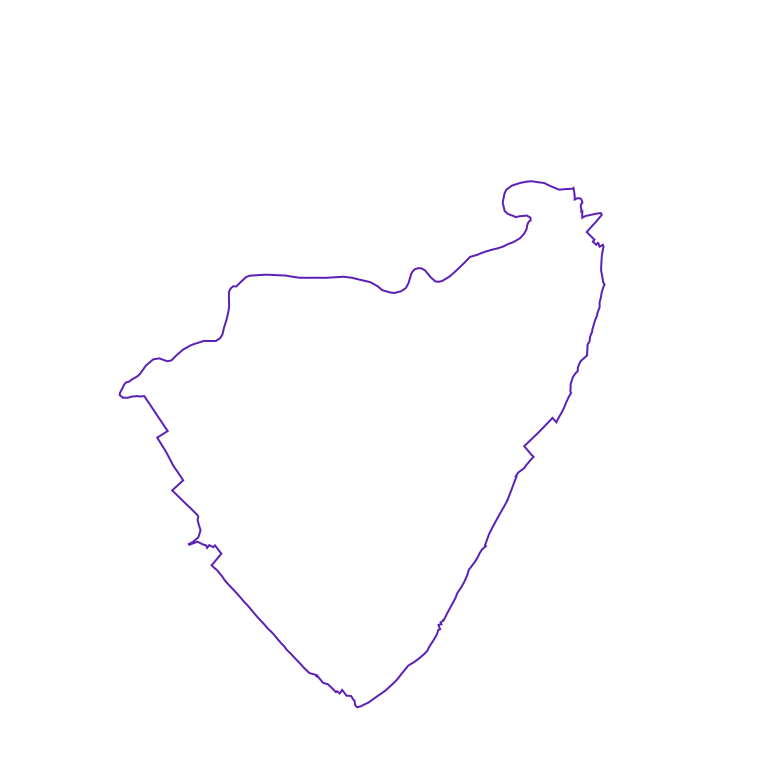 outline of Poza Rica de Hidalgo, Veracruz, Mexico, rotated 39°
{"feature_id": "50627088B10700770102469", "entity_name": "Poza Rica de Hidalgo", "entity_type": "district", "adm_level": 2, "iso_a3": "MEX", "parent_name": "Mexico", "parent_adm1": "Veracruz", "projection": "robinson", "projection_center": [-97.436, 20.539], "detail": "fine", "context": "isolated", "style": "outline", "palette": "violet", "viewbox_px": 768, "rotation_deg": 39, "n_neighbors": 0, "source": "geoboundaries", "source_scale": "gbopen_adm2", "svg_char_len": 5685}
<svg xmlns="http://www.w3.org/2000/svg" viewBox="0 0 768 768"><g transform="rotate(39 384 384)"><path d="M566.6,652.1L568.6,649.4L571.3,643.5L572.2,641.9L573.2,638.2L573.4,637.7L575.1,631.5L576.4,627.1L576.6,626.6L578.0,621.4L579.2,613.9L579.9,608.3L580.0,607.5L580.2,603.5L580.0,598.2L580.0,596.4L580.1,591.7L580.1,587.3L582.0,582.4L583.7,576.5L585.1,569.0L585.6,564.4L584.6,560.1L583.8,552.5L582.7,545.3L581.0,541.0L581.9,539.3L578.0,537.0L579.8,534.6L578.0,533.8L578.1,533.3L579.1,530.4L578.5,530.2L578.8,528.4L577.3,522.0L576.1,515.3L575.0,509.3L573.9,504.2L572.8,501.4L572.5,499.9L572.1,494.3L571.0,487.7L569.1,480.5L566.8,474.9L566.8,470.6L566.7,470.2L566.6,465.3L565.8,459.3L564.8,455.3L564.3,450.9L565.2,445.9L564.0,445.9L563.3,443.8L562.4,441.1L560.1,434.5L559.1,429.9L557.2,420.1L555.7,411.6L554.4,403.6L554.2,402.3L554.1,401.9L553.4,398.0L553.1,397.6L552.9,396.7L553.1,396.5L552.8,395.8L549.4,385.3L546.9,377.9L545.2,372.6L544.5,372.9L544.4,372.1L544.0,368.4L544.6,366.2L546.0,360.7L545.8,359.7L545.7,359.2L545.6,357.6L545.6,357.0L545.7,355.0L545.7,354.9L545.7,353.2L545.7,352.5L546.0,347.8L546.0,347.6L546.0,347.4L546.1,346.5L543.8,346.2L543.1,346.2L542.2,346.1L541.9,346.0L539.2,345.4L535.9,344.8L532.1,344.1L533.2,335.3L533.8,330.3L534.2,327.8L534.6,324.3L534.8,321.5L535.3,316.4L535.9,309.3L536.2,304.9L536.2,304.4L537.0,304.5L538.0,304.6L539.2,304.8L540.6,305.0L541.6,305.1L542.1,305.2L541.7,303.8L541.3,302.2L540.6,298.2L540.0,294.1L538.8,288.9L537.2,283.8L536.4,280.5L535.6,277.4L535.5,276.2L535.0,273.2L533.2,272.2L531.1,269.0L529.3,267.0L528.3,264.7L527.6,262.6L526.5,260.0L526.1,255.5L526.4,252.0L524.3,249.2L523.4,246.3L523.1,245.5L522.5,242.6L522.9,239.7L523.6,235.5L523.9,233.8L522.5,232.6L521.9,231.4L520.2,229.0L517.4,225.3L516.8,221.3L514.3,217.3L513.0,212.9L511.4,210.0L510.4,207.4L509.6,205.8L507.7,201.0L506.9,197.9L504.6,192.9L503.5,189.3L502.9,188.1L501.7,186.8L501.2,186.2L500.1,184.7L498.3,180.7L495.5,175.7L493.6,170.9L492.6,167.7L490.2,167.0L487.9,164.8L483.4,160.9L481.3,159.2L478.7,155.8L476.8,153.2L474.1,149.4L472.0,146.4L470.9,144.3L470.5,143.6L470.0,142.5L468.8,140.4L468.1,139.0L466.5,138.1L465.5,140.8L465.1,141.6L462.3,139.8L461.3,139.8L461.3,142.2L456.7,142.0L456.8,139.4L454.3,139.2L445.9,138.3L446.7,123.4L446.8,117.1L446.8,115.6L446.2,115.1L445.0,114.7L442.4,117.3L434.9,126.6L433.4,130.0L429.4,125.0L428.9,125.9L427.4,124.0L426.1,123.1L425.0,122.0L424.8,121.6L424.2,120.8L424.0,119.9L424.1,118.7L424.1,118.3L423.4,117.7L422.5,116.9L420.0,116.1L417.7,117.6L417.0,118.7L416.3,120.4L416.1,120.7L414.1,118.1L411.2,115.3L409.0,113.4L407.9,112.4L407.7,113.3L407.3,113.9L403.8,117.0L401.6,119.0L398.9,121.8L398.6,122.1L397.1,123.0L392.0,124.5L389.1,125.3L386.7,126.0L384.2,126.5L382.0,127.0L378.7,129.0L377.8,129.6L377.3,129.9L374.1,131.8L372.4,132.7L371.3,133.4L367.8,136.6L363.1,142.3L361.3,145.1L358.6,149.2L356.8,156.1L357.8,160.2L359.1,162.7L362.1,168.4L368.9,173.6L372.9,173.9L376.4,172.9L378.9,171.9L381.2,171.6L383.9,168.2L389.0,163.2L393.1,162.6L395.0,164.4L394.4,166.7L394.8,168.9L395.6,171.0L397.2,173.6L398.3,178.8L398.0,185.0L395.2,192.6L392.4,197.0L390.1,202.2L386.9,207.1L383.4,211.7L379.5,217.3L376.0,223.2L375.6,224.3L370.9,231.1L370.1,239.8L368.5,252.3L367.4,258.8L366.4,261.8L364.5,267.0L362.3,270.1L359.2,272.0L353.2,271.7L344.7,269.9L340.6,270.5L338.0,272.1L335.7,275.4L335.4,278.8L335.9,281.4L339.5,290.0L340.3,294.1L340.6,295.6L339.0,301.1L334.8,306.7L331.6,308.8L323.5,312.2L317.9,312.0L313.7,312.7L309.2,313.5L298.5,318.7L292.1,321.7L285.2,326.0L271.5,338.5L262.9,345.3L256.9,350.3L251.0,354.9L243.0,359.6L239.4,361.5L235.3,364.6L230.2,368.3L223.9,373.0L220.3,376.2L211.5,384.3L209.6,387.5L209.1,390.6L208.4,395.7L207.9,401.0L205.3,403.0L204.7,406.3L205.6,410.1L209.2,414.6L211.7,417.5L212.4,418.3L214.8,421.1L217.8,426.2L221.6,434.1L224.1,440.7L227.3,447.3L227.8,451.7L226.2,456.5L222.4,459.5L216.9,463.9L211.3,472.4L209.5,475.5L206.1,484.0L204.5,493.4L203.9,499.6L201.1,502.8L193.2,505.5L189.1,510.2L187.4,519.5L188.0,530.1L187.6,532.8L186.7,535.5L185.4,538.6L184.8,540.8L184.6,541.9L184.2,542.9L183.8,543.6L183.2,544.2L182.4,545.3L182.5,547.4L182.5,548.1L182.7,549.2L183.1,550.8L184.5,557.3L185.5,558.9L189.9,558.9L191.2,557.7L193.3,556.2L193.9,555.5L194.3,554.8L195.0,553.7L197.1,551.3L197.9,550.5L199.4,549.2L200.1,548.4L201.2,547.9L201.8,547.6L202.5,547.0L205.3,544.3L205.8,544.3L207.7,545.0L236.7,554.0L245.5,556.7L241.5,568.4L257.1,573.8L264.8,577.1L271.9,580.2L276.6,581.5L279.6,582.4L282.6,583.4L285.6,584.3L288.6,585.3L288.2,587.8L287.9,589.6L287.6,591.7L287.3,593.8L286.9,596.2L286.5,599.0L286.3,600.0L307.8,602.0L311.7,602.2L315.8,602.7L316.3,602.7L320.8,603.2L323.0,603.8L324.7,607.0L324.9,607.2L328.0,609.4L333.4,613.1L333.5,613.2L336.1,619.7L335.9,621.9L334.9,627.0L333.1,631.2L333.9,631.5L335.5,628.7L338.3,624.0L339.7,623.6L340.7,623.4L342.5,623.0L343.8,622.7L345.7,622.2L346.4,621.6L347.3,621.5L349.7,622.6L349.6,619.2L354.0,618.3L354.2,615.8L364.4,618.2L364.2,631.2L364.1,633.4L368.0,633.7L371.2,633.7L379.4,635.4L383.9,636.8L388.1,637.5L390.4,637.9L399.3,639.0L407.2,640.3L411.7,641.2L418.6,642.1L425.5,643.5L432.5,644.8L442.3,646.2L443.7,646.4L445.8,646.8L447.8,647.2L452.4,647.5L457.0,648.2L461.6,649.2L467.2,650.2L472.4,650.8L474.7,651.6L475.0,651.7L481.2,652.2L487.9,653.2L493.8,653.9L501.0,655.0L508.1,655.6L512.9,653.4L515.4,652.5L515.4,653.6L516.7,653.4L517.4,653.3L517.8,653.1L518.4,653.3L524.7,654.6L529.4,652.6L535.2,653.1L540.2,653.7L540.3,653.3L540.7,653.3L540.9,652.3L544.3,652.4L544.0,648.1L551.1,649.8L551.5,649.4L554.6,647.3L555.6,647.4L557.1,648.0L558.2,648.5L560.4,648.7L563.0,651.2L564.1,651.8L565.3,652.0L566.6,652.1Z" fill="none" stroke="#5b21b6" stroke-width="2"/></g></svg>